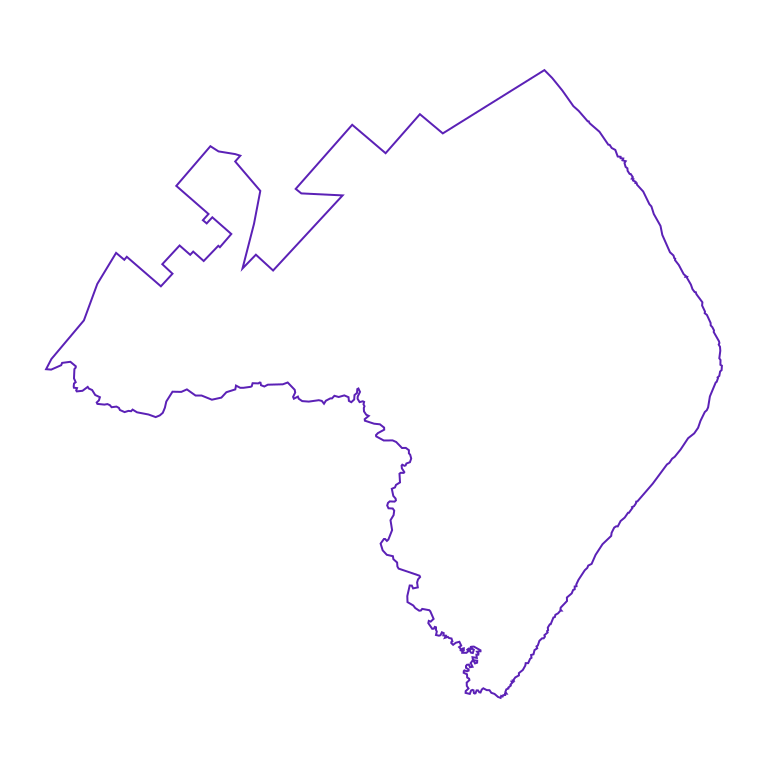 Punta Indio, Buenos Aires, Argentina (Robinson projection)
{"feature_id": "61730980B33989982283720", "entity_name": "Punta Indio", "entity_type": "district", "adm_level": 2, "iso_a3": "ARG", "parent_name": "Argentina", "parent_adm1": "Buenos Aires", "projection": "robinson", "projection_center": [-57.315, -35.457], "detail": "fine", "context": "isolated", "style": "outline", "palette": "violet", "viewbox_px": 768, "rotation_deg": 0, "n_neighbors": 0, "source": "geoboundaries", "source_scale": "gbopen_adm2", "svg_char_len": 6096}
<svg xmlns="http://www.w3.org/2000/svg" viewBox="0 0 768 768"><path d="M500.6,697.9L501.2,695.9L502.6,696.5L503.2,695.2L505.1,695.0L505.0,693.7L506.6,693.7L505.4,691.9L506.3,689.4L508.4,688.5L508.3,687.6L510.8,685.6L510.5,684.6L512.3,682.7L511.7,681.7L513.1,681.7L512.8,680.6L513.8,680.7L513.5,679.9L515.3,677.4L518.9,675.4L518.9,673.1L522.8,670.0L525.3,665.6L525.7,663.1L528.2,663.1L530.1,658.8L531.5,657.8L531.1,655.0L533.5,654.3L534.5,650.1L537.2,648.3L536.5,646.4L537.8,645.5L539.4,640.8L542.1,638.3L543.7,638.3L544.9,636.7L544.4,635.2L547.6,632.5L547.1,631.1L548.1,630.2L547.8,627.6L549.8,624.3L550.7,624.2L553.4,617.5L554.8,617.1L555.4,614.8L558.1,613.3L560.4,610.6L561.4,610.6L560.4,609.4L560.7,607.6L567.0,601.0L566.9,597.5L571.7,593.4L573.1,590.0L574.7,589.3L574.7,586.5L576.5,586.2L576.3,584.4L578.5,579.8L584.8,570.2L587.3,567.9L588.2,565.6L591.6,563.9L595.6,554.8L602.5,544.2L611.2,535.9L611.6,532.8L614.2,527.6L616.2,526.3L617.8,526.4L620.6,521.0L624.7,517.6L628.0,512.8L628.9,512.8L632.4,508.0L632.0,507.1L634.0,506.2L635.9,503.4L636.2,501.6L637.4,501.4L652.7,483.7L667.0,464.4L669.3,462.9L672.1,458.7L674.7,456.8L680.6,449.5L688.1,438.2L694.2,433.4L698.1,427.8L700.5,420.8L704.8,412.0L706.8,410.2L708.1,407.4L709.9,396.4L715.7,382.5L716.7,381.8L718.0,378.1L717.6,377.4L719.3,375.9L720.1,371.5L721.6,370.1L721.9,365.7L720.4,364.8L720.5,360.0L719.3,358.3L720.3,350.8L720.0,346.8L718.7,344.6L719.4,343.0L719.0,341.3L713.7,332.0L714.0,330.4L712.3,327.1L710.7,325.4L710.6,322.9L706.9,314.9L704.7,313.2L705.0,311.6L702.1,305.5L702.4,302.3L696.4,294.2L695.8,292.2L694.7,292.1L692.5,289.2L690.9,284.6L686.9,277.7L687.2,276.9L685.4,276.8L685.8,276.0L683.7,274.2L678.8,265.0L675.0,260.1L675.2,258.7L674.3,258.2L673.5,255.5L670.0,252.3L662.3,234.9L660.5,225.9L653.8,214.0L651.4,206.4L649.4,204.2L643.2,191.5L637.0,184.7L636.7,183.2L635.4,183.0L635.6,181.8L633.0,180.5L633.4,179.1L631.8,178.7L632.8,177.1L630.7,174.0L629.6,173.9L627.6,170.8L627.4,168.3L625.6,166.9L624.5,163.0L625.7,161.2L622.5,160.3L623.2,158.5L620.6,158.2L620.6,156.8L617.7,156.5L615.3,149.9L611.7,148.0L609.7,144.9L608.3,144.7L599.5,131.8L589.6,123.2L588.7,121.3L587.7,121.3L578.7,110.9L573.4,106.2L562.4,90.6L552.2,78.0L544.4,70.1L442.8,133.4L419.9,114.2L385.6,153.2L352.2,124.8L295.7,188.9L301.3,193.4L342.6,195.4L273.1,270.5L255.9,254.7L242.5,268.5L254.0,223.8L260.3,190.9L235.2,161.5L240.3,155.7L235.2,154.1L218.5,151.4L210.4,146.2L176.3,185.9L208.5,214.0L202.9,220.2L206.7,223.4L212.3,217.3L231.3,234.0L219.9,247.2L218.3,245.8L203.7,261.0L193.2,251.6L190.2,254.8L179.6,245.5L162.3,264.2L172.5,273.7L160.9,286.3L126.8,256.8L124.3,259.8L116.1,252.9L97.3,283.9L83.9,320.4L51.4,359.0L46.1,369.2L51.2,369.6L61.2,365.2L62.1,362.9L70.4,361.8L75.8,366.3L75.7,367.6L74.4,369.1L74.0,378.4L75.7,382.2L74.0,383.5L73.7,386.3L73.9,387.7L77.0,388.1L76.2,390.5L76.8,391.4L82.5,390.8L87.7,386.9L88.9,388.6L92.1,390.0L95.2,395.0L99.9,397.2L98.9,400.4L96.7,402.5L97.4,403.9L104.4,404.6L107.4,404.1L109.8,405.1L111.6,407.2L116.5,406.6L118.9,407.9L119.9,410.0L124.6,412.1L128.4,410.9L131.1,411.2L132.6,409.6L137.0,412.3L148.5,414.5L155.7,417.1L159.8,415.4L162.8,412.8L164.9,407.7L166.3,401.5L172.5,391.7L181.3,391.9L186.9,389.4L195.5,395.5L201.5,395.5L211.9,399.7L221.4,397.6L226.4,392.2L235.3,389.4L236.0,385.6L240.2,387.8L243.4,387.8L250.7,386.8L251.7,386.3L252.6,383.2L258.3,383.4L259.7,382.5L260.5,382.7L261.0,385.2L264.3,386.5L267.8,384.7L282.8,384.3L287.7,382.5L294.7,389.8L295.2,392.5L293.1,396.9L293.9,398.7L297.9,396.6L298.7,398.7L302.2,401.1L308.8,401.6L318.8,400.2L321.8,400.9L324.0,403.7L325.9,400.7L330.3,398.4L332.0,398.4L334.4,395.8L338.7,397.0L344.3,395.4L348.5,397.2L348.9,400.9L351.3,402.2L354.2,399.5L354.5,395.1L357.0,392.9L357.3,389.1L358.4,388.5L360.0,391.9L357.7,396.6L357.6,398.8L359.6,402.1L362.8,401.3L364.1,401.9L363.5,404.3L364.5,406.2L363.8,408.0L364.0,411.4L366.2,414.7L368.7,415.9L364.7,419.2L364.9,420.7L374.1,423.7L379.9,424.3L384.1,427.6L384.2,429.7L377.9,433.1L376.0,435.1L376.2,436.4L383.8,440.5L392.6,440.4L396.2,442.0L402.0,448.0L405.8,447.9L408.9,450.2L408.9,453.3L410.2,454.8L411.2,458.5L409.9,462.2L406.4,463.5L405.6,465.4L404.5,465.8L402.3,464.7L401.6,465.6L401.9,468.4L404.3,472.1L403.7,472.9L400.7,472.8L399.5,473.7L400.0,482.4L396.0,484.9L395.0,487.4L391.8,488.8L393.3,495.9L395.6,498.6L395.9,500.4L394.6,501.6L389.7,501.4L388.0,502.9L387.2,505.5L388.5,508.3L392.7,508.5L394.2,510.6L393.6,515.1L390.5,520.2L392.1,530.1L388.4,539.5L386.9,540.9L385.1,539.0L383.9,539.0L380.6,543.6L382.7,550.4L386.8,554.8L392.9,556.2L393.4,559.2L397.1,562.5L397.4,566.5L398.6,568.6L419.5,575.7L420.1,577.0L418.0,579.4L417.1,582.5L417.8,587.4L413.1,588.4L411.8,585.6L409.7,585.5L407.3,596.1L407.5,602.1L413.3,605.5L415.2,608.0L419.2,610.7L420.9,610.5L422.2,608.9L429.3,610.2L430.3,611.3L433.6,618.9L430.7,621.6L428.8,620.9L428.3,623.1L432.2,628.8L433.8,628.7L434.8,626.9L436.0,627.3L436.0,629.9L436.8,631.6L436.0,635.0L439.0,635.7L440.5,635.2L441.9,632.3L443.7,633.1L443.3,635.4L445.9,635.7L444.9,637.8L447.9,636.9L449.0,638.0L451.5,638.5L452.4,641.4L451.3,642.1L451.3,643.1L453.1,644.8L455.9,642.7L459.4,641.8L461.2,645.6L459.1,647.1L460.7,648.8L460.6,650.3L461.6,650.7L462.6,648.6L463.8,648.3L463.8,650.4L462.3,651.4L462.2,652.8L466.5,652.8L468.4,651.1L467.3,649.7L468.4,648.8L471.0,652.7L472.8,653.0L473.8,649.7L471.9,648.5L470.6,649.4L470.2,648.4L470.8,646.9L471.9,646.7L473.9,646.6L480.5,650.3L480.5,651.3L477.1,651.7L478.5,653.6L478.3,654.7L476.4,654.7L476.8,657.9L472.5,657.2L472.8,659.2L473.9,660.3L477.2,660.7L477.1,662.7L475.0,663.4L473.7,661.0L472.3,660.9L470.7,663.0L472.5,666.8L470.0,667.2L468.9,664.6L466.9,664.8L466.0,666.0L466.0,667.8L468.6,669.4L468.6,670.6L467.0,671.3L464.4,670.4L463.8,671.1L463.7,672.8L467.0,674.3L467.2,677.5L469.1,678.7L469.4,680.1L466.7,682.6L466.8,685.9L468.5,688.5L465.7,691.1L465.6,692.9L469.8,693.9L471.1,690.5L472.4,689.9L473.5,690.3L473.9,693.1L474.6,693.5L475.5,693.3L476.6,690.4L478.0,690.4L479.3,692.3L480.5,692.5L481.8,689.5L483.3,688.3L486.7,690.1L489.5,690.2L491.3,692.8L494.5,693.9L498.1,697.0L500.6,697.9Z" fill="none" stroke="#5b21b6" stroke-width="2"/></svg>